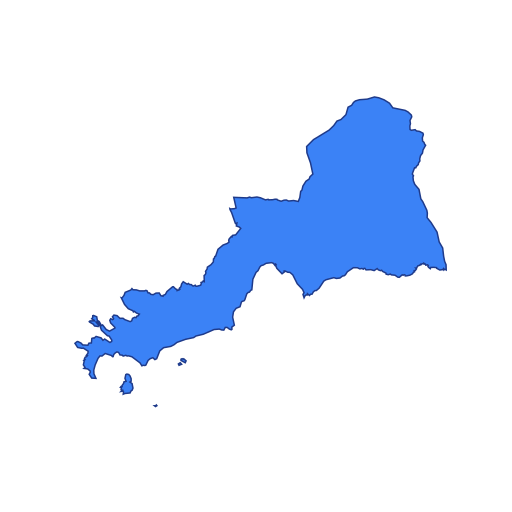 Bunda, Mara, United Republic of Tanzania (orthographic projection), rotated 334°
{"feature_id": "72390352B35806479810351", "entity_name": "Bunda", "entity_type": "district", "adm_level": 2, "iso_a3": "TZA", "parent_name": "United Republic of Tanzania", "parent_adm1": "Mara", "projection": "orthographic", "projection_center": [33.643, -2.036], "detail": "fine", "context": "isolated", "style": "filled", "palette": "blue", "viewbox_px": 512, "rotation_deg": 334, "n_neighbors": 0, "source": "geoboundaries", "source_scale": "gbopen_adm2", "svg_char_len": 6049}
<svg xmlns="http://www.w3.org/2000/svg" viewBox="0 0 512 512"><g transform="rotate(334 256 256)"><path d="M432.2,165.0L424.8,163.8L417.5,160.9L413.3,160.2L411.0,160.7L408.0,162.5L404.0,162.6L398.8,168.4L392.2,170.6L387.9,170.2L383.0,172.9L376.9,174.9L358.7,176.6L349.5,179.8L347.0,185.6L345.8,196.2L343.0,207.3L339.3,208.4L337.6,210.1L333.6,210.7L328.8,213.7L326.2,216.9L324.5,217.5L321.0,222.7L317.9,225.5L314.1,222.6L309.4,220.9L307.8,219.0L305.6,218.1L302.6,217.8L299.8,215.0L299.7,214.2L298.0,213.3L295.6,212.7L292.0,211.1L291.8,210.4L289.1,209.7L285.5,205.6L282.7,203.4L277.4,201.6L276.0,200.2L273.5,199.9L261.7,193.5L259.2,204.1L257.4,204.0L253.8,202.6L253.3,201.9L253.0,202.9L253.1,206.3L251.8,217.2L251.8,217.9L253.3,218.0L251.5,220.4L253.7,222.7L254.4,224.5L247.0,228.1L244.1,227.2L242.8,228.3L242.5,227.6L239.5,228.8L238.4,229.8L237.8,231.7L235.6,232.1L231.2,231.7L224.8,233.3L219.6,238.5L218.8,238.4L217.3,239.9L216.5,240.0L215.1,242.6L211.7,244.1L207.4,244.7L206.4,246.2L203.9,247.7L203.6,249.2L202.4,250.4L200.8,250.8L198.3,256.3L197.6,255.3L196.7,255.9L195.0,255.7L195.0,256.4L193.5,258.0L189.6,257.3L188.8,256.9L188.6,255.6L186.8,255.6L185.9,255.0L185.4,253.4L183.8,252.5L183.2,251.0L181.8,251.2L179.3,247.2L176.9,248.5L174.9,250.8L173.2,251.3L172.4,252.0L172.9,252.5L172.0,252.8L169.9,252.5L170.3,251.4L169.3,250.4L168.3,247.4L167.5,247.1L160.4,248.9L157.7,250.8L155.2,250.7L154.8,251.4L153.1,250.0L152.8,246.8L149.8,245.5L146.6,245.7L144.6,244.3L144.1,242.5L142.8,241.8L142.8,239.4L141.9,238.6L140.5,238.5L136.2,236.4L133.6,234.0L130.6,232.4L130.2,230.9L128.5,231.7L122.5,231.3L120.0,233.6L117.1,235.0L116.6,234.5L116.6,241.9L118.1,247.4L121.3,251.2L121.3,252.5L122.4,252.4L123.6,254.9L125.7,257.1L123.8,258.1L122.6,257.8L121.2,258.8L120.1,257.9L117.7,257.9L115.8,259.8L114.1,259.8L110.2,255.7L109.2,253.7L106.3,252.3L105.0,248.7L102.4,246.8L100.3,247.7L100.6,249.7L100.1,250.2L99.2,250.3L97.9,248.7L96.4,249.7L96.0,252.4L97.9,258.3L97.5,259.0L91.4,259.3L89.2,256.5L87.9,250.7L86.6,250.8L86.3,246.1L85.2,244.3L86.2,240.8L83.9,238.2L83.1,238.1L82.2,239.8L80.8,240.4L82.5,243.0L82.2,243.4L78.4,241.6L77.4,241.8L77.4,242.3L79.8,246.0L80.2,248.1L83.2,250.2L84.3,249.3L83.3,245.2L84.8,245.7L85.2,249.6L84.6,255.0L87.5,262.5L88.9,263.6L89.5,268.4L88.8,269.5L86.8,269.7L83.6,264.3L81.5,264.7L80.9,261.7L77.0,258.2L74.3,258.9L73.9,258.3L72.3,258.1L69.9,262.0L67.6,261.1L65.8,262.5L61.3,260.0L60.6,257.6L58.4,254.8L57.7,254.5L55.0,255.1L55.6,260.0L59.1,262.7L60.4,263.1L63.4,268.0L62.3,269.7L60.0,270.9L60.8,271.6L59.6,272.2L58.3,272.0L57.1,272.8L56.4,273.6L56.8,274.2L55.4,274.5L55.7,274.9L53.1,278.2L53.5,281.2L52.1,281.6L55.2,283.7L56.5,286.6L56.1,287.8L54.2,289.2L54.8,293.7L58.5,295.8L58.7,290.8L60.2,287.4L63.7,283.4L69.2,278.7L72.0,277.4L73.7,278.4L77.7,277.5L82.4,282.0L82.9,283.6L83.5,283.8L84.9,282.2L86.7,281.5L88.7,281.2L89.9,282.0L90.4,283.5L90.3,285.2L92.4,286.6L92.7,287.7L95.5,288.2L96.3,289.4L97.6,289.8L100.3,292.2L104.9,301.2L105.3,304.7L106.6,304.7L108.1,305.7L109.1,305.8L113.3,302.5L116.0,301.9L118.7,302.2L119.7,304.8L121.7,304.8L127.9,299.1L132.8,297.9L139.8,299.9L143.5,299.8L147.1,299.0L156.2,300.0L164.2,302.0L167.0,301.6L174.3,303.2L186.1,303.7L191.0,305.6L192.7,307.4L194.6,308.5L197.1,306.7L197.9,307.1L198.8,307.6L200.0,310.0L201.4,311.5L202.2,311.4L203.1,309.3L206.2,308.7L208.2,300.7L211.3,296.3L215.2,294.3L219.4,294.6L222.6,291.1L223.5,290.7L225.7,291.0L226.8,290.4L231.2,285.9L233.1,285.3L234.3,285.6L236.2,284.5L237.4,284.6L243.0,275.5L248.9,270.7L251.3,270.1L254.6,267.6L256.5,266.9L258.6,267.3L261.9,267.0L267.1,268.8L268.4,270.2L268.9,272.6L270.5,271.2L269.5,272.4L270.1,272.8L269.5,273.2L269.3,276.2L271.6,283.4L275.0,282.7L274.7,281.9L275.4,282.0L277.4,284.5L279.3,285.6L280.8,289.1L280.9,299.0L283.2,306.4L283.1,310.0L281.4,311.1L280.9,314.6L282.7,313.2L284.1,313.0L284.9,313.5L285.7,312.4L286.7,314.9L288.4,314.3L289.6,314.9L291.8,313.4L293.7,312.9L295.1,313.5L298.6,312.6L305.9,308.3L308.4,308.0L316.5,309.6L318.4,311.4L321.8,312.6L325.0,311.9L326.4,312.4L328.1,312.1L331.2,310.2L338.4,309.2L342.0,311.0L343.7,313.1L345.7,313.6L346.7,314.9L347.6,314.5L348.4,314.8L348.8,316.7L353.2,318.6L355.8,320.9L359.4,320.4L359.9,322.1L361.4,323.7L362.7,323.9L363.0,325.3L365.3,328.3L365.0,329.4L366.7,330.8L368.8,331.1L369.4,332.3L372.5,334.2L374.2,337.2L375.5,338.0L379.2,337.0L379.8,337.8L380.9,337.7L381.6,338.4L381.4,339.3L382.7,339.9L385.9,340.7L388.8,340.6L390.5,339.6L391.5,339.7L391.8,338.5L392.8,338.9L394.6,337.9L394.3,336.9L394.9,337.2L397.3,335.8L398.8,336.1L400.3,335.6L400.4,336.2L402.0,335.7L404.1,337.3L404.1,336.7L404.7,337.6L404.6,338.7L406.3,339.1L406.7,340.0L406.0,340.5L406.1,341.8L407.1,343.8L408.1,342.9L410.8,344.1L413.2,345.6L413.0,346.3L415.1,349.2L418.0,350.1L418.7,349.7L418.5,350.5L419.3,350.1L419.7,351.2L420.5,351.1L420.9,351.8L423.0,347.1L423.2,343.5L424.5,338.6L427.3,330.6L426.8,323.7L429.2,313.9L428.0,302.6L426.6,296.6L428.8,292.6L429.6,289.8L429.7,280.2L429.2,276.9L431.7,267.6L430.1,261.2L430.4,257.4L431.8,253.6L432.7,253.0L432.4,250.9L433.6,249.6L437.2,246.2L438.2,246.8L439.8,245.6L441.9,245.0L442.9,243.6L445.0,242.4L445.7,240.5L447.9,237.9L450.7,236.5L452.6,233.9L457.0,230.8L456.6,229.6L456.8,227.5L456.1,225.8L457.3,222.7L459.6,220.3L459.9,218.8L457.6,215.7L455.0,213.9L454.4,212.2L450.7,211.1L449.9,209.8L451.3,206.5L452.8,204.8L453.8,201.7L457.0,199.2L457.4,197.4L455.8,193.2L453.9,190.5L443.9,182.8L443.0,177.2L439.6,171.8L435.7,167.6L432.2,165.0ZM89.7,306.7L88.2,305.5L87.0,305.5L84.6,308.5L84.3,311.7L82.2,311.2L81.1,312.5L78.8,313.7L78.5,314.5L77.5,314.1L76.6,314.6L77.5,315.2L76.1,317.0L77.2,318.1L75.5,318.6L77.2,319.1L77.4,320.0L76.1,322.0L77.9,322.1L82.8,323.9L84.3,322.6L85.9,322.3L87.5,320.8L88.7,316.3L87.4,314.0L88.9,313.8L90.0,311.5L90.2,308.6L89.7,306.7ZM144.6,315.9L143.3,315.9L142.8,317.0L145.6,320.9L147.2,319.6L146.0,316.7L145.3,316.8L144.6,315.9ZM141.1,318.7L138.9,319.0L138.9,320.5L141.7,320.7L141.1,318.7ZM99.1,346.1L99.7,347.3L101.3,347.1L101.1,346.2L100.3,346.6L99.1,346.1Z" fill="#3b82f6" stroke="#1e3a8a" stroke-width="1.5"/></g></svg>